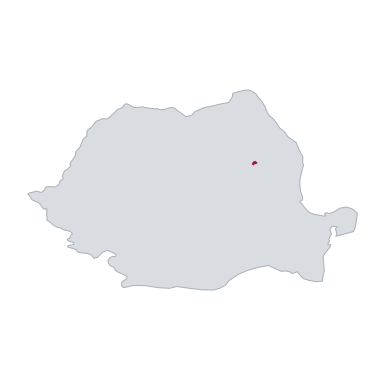 Magura, Bacau, Romania shown in context, rotated 357°
{"feature_id": "2599482B10782205766979", "entity_name": "Magura", "entity_type": "district", "adm_level": 2, "iso_a3": "ROU", "parent_name": "Romania", "parent_adm1": "Bacau", "projection": "robinson", "projection_center": [26.814, 46.555], "detail": "fine", "context": "in_parent", "style": "filled", "palette": "rose", "viewbox_px": 384, "rotation_deg": 357, "n_neighbors": 0, "source": "geoboundaries", "source_scale": "gbopen_adm2", "svg_char_len": 4159}
<svg xmlns="http://www.w3.org/2000/svg" viewBox="0 0 384 384"><g transform="rotate(357 192 192)"><path d="M304.0,213.8L307.7,218.3L312.3,220.6L323.1,223.1L324.1,222.8L324.2,222.3L323.4,221.7L323.3,220.9L323.8,219.9L325.3,219.8L327.8,220.7L332.4,219.4L339.1,215.9L345.4,215.1L351.1,217.2L354.1,219.7L356.0,222.0L355.5,224.9L355.1,226.6L353.7,234.0L352.7,236.8L351.1,240.0L333.4,243.7L334.5,241.9L334.0,238.8L333.3,236.4L334.9,234.2L330.9,233.5L329.2,234.6L327.8,236.7L329.1,241.4L327.2,244.0L326.4,245.5L326.4,249.0L325.2,250.5L325.0,252.1L327.9,251.7L326.6,254.7L321.3,260.4L319.5,263.8L320.0,277.4L317.7,285.5L317.6,287.9L311.9,288.0L310.2,287.8L304.8,286.6L298.8,284.4L295.2,280.2L292.9,277.2L287.8,278.6L286.8,278.2L285.4,276.8L281.6,275.8L276.8,275.8L266.1,270.3L265.0,269.4L256.6,270.3L244.0,273.0L234.4,276.4L224.5,282.3L220.5,286.8L215.8,289.2L209.2,291.0L197.3,290.3L185.0,288.1L171.8,285.6L164.6,287.0L154.9,286.0L140.4,283.1L129.5,282.2L118.8,283.9L117.0,282.6L116.6,281.1L117.1,278.9L118.6,277.2L121.2,275.9L122.6,274.6L122.8,273.3L119.9,271.1L114.0,268.2L111.6,266.3L111.0,265.9L110.9,264.2L109.7,262.9L107.4,262.0L105.6,260.2L104.4,257.7L104.7,255.4L106.6,253.2L108.9,252.2L111.7,252.5L112.9,251.9L112.5,250.3L109.7,248.3L104.7,245.9L99.6,247.3L94.3,252.3L90.5,253.1L88.2,249.7L84.2,247.7L78.3,247.1L74.7,245.8L73.4,243.8L70.8,242.3L65.2,240.7L65.1,239.2L66.1,238.8L68.1,238.7L70.8,238.3L71.3,237.5L71.3,236.7L69.2,235.7L67.1,235.0L65.9,234.3L65.2,233.6L65.1,232.8L65.8,232.2L66.6,232.2L67.5,231.7L68.0,229.9L69.2,228.4L70.1,227.9L70.1,226.8L69.2,225.8L68.1,224.9L66.4,224.4L61.0,222.8L58.3,220.6L56.7,220.6L54.1,219.4L51.3,217.5L48.9,214.8L46.3,213.1L45.6,212.4L45.5,211.7L46.1,210.9L46.1,210.1L45.4,207.5L46.0,204.7L46.0,202.1L46.0,201.0L45.5,200.6L45.0,201.0L44.3,201.5L43.7,201.6L41.8,199.7L39.4,195.8L37.8,194.5L34.5,192.8L31.8,191.3L30.0,188.0L28.0,185.5L29.4,184.5L37.3,183.0L40.9,184.5L42.6,184.0L44.2,182.8L45.1,181.9L45.3,180.9L46.1,179.6L48.8,179.1L55.8,179.8L58.7,178.1L59.7,177.1L60.4,175.1L61.2,173.4L63.8,172.5L63.8,171.0L63.4,169.3L65.0,165.6L65.9,164.1L67.3,163.5L69.1,162.4L72.1,160.0L71.5,157.9L72.1,156.3L75.3,152.5L77.8,148.8L77.8,147.0L78.2,145.4L80.3,143.6L82.5,141.3L85.6,134.2L86.7,133.0L88.6,131.6L90.0,130.3L90.3,125.6L91.6,124.2L94.2,122.7L96.8,120.2L98.9,117.4L100.5,116.0L102.6,115.6L104.9,114.5L107.4,114.1L109.9,114.6L111.4,114.3L113.8,112.9L119.9,107.6L120.8,106.6L122.0,105.8L126.9,104.0L128.2,102.2L129.9,100.6L132.0,100.7L139.0,104.7L146.5,104.5L147.9,104.6L148.3,104.7L149.2,105.1L159.2,107.1L160.8,106.8L161.2,106.7L165.2,108.3L168.8,108.1L172.2,107.0L175.7,106.6L179.0,107.3L181.4,109.6L187.7,114.6L189.6,116.4L192.6,116.2L195.8,115.2L199.1,111.9L209.2,108.1L216.9,107.2L224.4,105.7L233.1,104.6L235.7,101.5L237.1,99.4L238.0,95.6L242.7,94.4L247.2,93.6L248.7,93.2L252.0,93.0L254.5,93.3L258.4,95.2L261.1,97.7L262.2,99.6L264.5,102.3L267.0,106.1L269.7,111.1L270.3,113.7L271.3,116.4L273.3,119.8L277.2,123.5L277.7,124.2L279.5,126.8L282.9,132.6L285.7,135.0L288.2,137.5L289.4,140.0L291.1,142.3L295.3,145.4L298.7,148.2L301.4,156.2L303.3,159.9L304.6,162.7L304.0,168.4L304.8,170.8L303.3,175.3L300.6,184.3L299.9,191.4L300.4,195.2L300.5,197.7L301.2,199.3L302.0,202.5L302.1,205.4L301.1,206.2L299.7,206.8L299.2,207.4L300.5,208.7L302.2,211.1L304.0,213.8Z" fill="#d9dde1" stroke="#a8b0b8" stroke-width="1"/><path d="M254.7,167.6L254.8,167.4L255.0,167.4L255.3,167.2L255.5,167.1L255.4,167.0L255.5,167.0L255.4,167.0L255.4,166.9L255.5,166.9L255.4,166.9L255.5,166.8L255.4,166.8L255.5,166.8L255.4,166.8L255.5,166.8L255.6,166.7L255.8,166.6L256.1,166.7L256.2,166.8L256.3,166.8L256.5,166.8L256.9,166.7L257.3,166.6L257.8,166.3L257.8,166.2L257.7,166.2L257.8,166.2L257.7,166.0L257.5,165.9L257.4,165.9L257.3,165.7L257.2,165.8L257.1,165.7L256.9,165.5L256.7,165.5L256.3,165.4L256.2,165.3L256.2,165.2L256.0,165.3L255.9,165.4L255.9,165.5L255.7,165.5L255.4,165.5L255.2,165.5L254.9,165.7L254.9,165.8L254.9,166.0L254.8,166.3L254.7,166.3L254.6,166.5L254.4,166.6L254.2,166.7L254.3,166.7L254.3,166.8L254.2,166.8L254.1,167.0L254.3,167.0L254.4,167.3L254.5,167.3L254.6,167.5L254.7,167.6Z" fill="#f43f5e" stroke="#9f1239" stroke-width="1.5"/></g></svg>